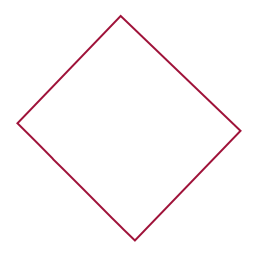 outline of Yoakum, Texas, United States of America, rotated 314°
{"feature_id": "52423323B73359815084270", "entity_name": "Yoakum", "entity_type": "district", "adm_level": 2, "iso_a3": "USA", "parent_name": "United States of America", "parent_adm1": "Texas", "projection": "orthographic", "projection_center": [-103.003, 33.174], "detail": "fine", "context": "isolated", "style": "outline", "palette": "rose", "viewbox_px": 256, "rotation_deg": 314, "n_neighbors": 0, "source": "geoboundaries", "source_scale": "gbopen_adm2", "svg_char_len": 337}
<svg xmlns="http://www.w3.org/2000/svg" viewBox="0 0 256 256"><g transform="rotate(314 128 128)"><path d="M54.6,45.2L54.3,68.0L54.2,73.5L53.7,94.7L53.5,96.3L53.4,110.6L52.9,140.8L52.1,179.0L52.1,180.3L52.0,191.3L51.9,195.3L51.9,209.0L51.9,211.1L204.1,210.9L203.5,44.9L54.6,45.2Z" fill="none" stroke="#9f1239" stroke-width="2"/></g></svg>